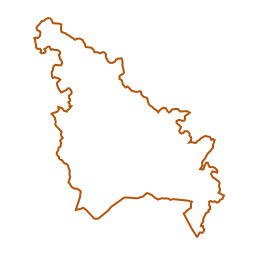 Caraíbas, Bahia, Brazil (Albers equal-area conic projection), rotated 276°
{"feature_id": "56859067B21681248066592", "entity_name": "Caraíbas", "entity_type": "district", "adm_level": 2, "iso_a3": "BRA", "parent_name": "Brazil", "parent_adm1": "Bahia", "projection": "albers", "projection_center": [-41.254, -14.633], "detail": "fine", "context": "isolated", "style": "outline", "palette": "amber", "viewbox_px": 256, "rotation_deg": 276, "n_neighbors": 0, "source": "geoboundaries", "source_scale": "gbopen_adm2", "svg_char_len": 4773}
<svg xmlns="http://www.w3.org/2000/svg" viewBox="0 0 256 256"><g transform="rotate(276 128 128)"><path d="M218.7,26.5L216.9,26.8L215.5,28.1L215.2,30.0L213.9,30.9L212.3,30.9L210.1,30.7L208.0,29.0L208.3,27.1L207.5,25.4L206.0,26.5L204.0,26.7L202.2,27.5L200.2,27.9L198.3,28.3L197.1,29.9L197.7,32.1L196.2,33.6L194.0,33.0L193.3,34.5L193.7,36.2L194.6,37.8L196.5,37.8L197.6,36.6L198.7,38.0L200.3,39.6L200.8,41.4L199.3,42.2L197.8,43.2L198.5,44.7L198.0,46.8L198.2,49.7L197.1,52.0L195.1,52.8L193.2,51.6L191.6,52.5L189.8,53.1L187.9,54.9L185.5,55.8L183.3,54.7L183.1,51.7L183.3,49.2L181.6,47.5L179.9,47.2L177.8,47.3L175.6,46.2L173.7,46.6L171.2,47.1L169.8,48.0L170.9,49.7L170.4,51.4L170.1,53.7L169.0,55.6L167.5,54.3L165.8,52.8L163.8,53.0L161.8,53.7L159.3,55.2L157.7,56.6L156.4,57.6L157.0,59.1L158.2,60.6L159.3,62.8L161.0,63.8L161.4,65.4L160.1,66.8L158.8,67.9L156.6,68.3L155.3,67.4L154.3,66.0L152.1,66.0L150.6,67.3L148.9,67.6L147.4,66.0L145.9,67.4L143.7,67.5L143.8,69.3L141.2,67.8L139.8,66.5L137.9,65.4L138.3,62.9L139.6,61.6L141.2,59.9L141.2,58.3L141.6,56.5L139.1,57.2L136.9,56.1L135.9,54.1L135.3,52.1L134.1,50.6L132.5,52.4L130.6,54.2L127.7,55.2L126.0,55.4L123.9,55.3L122.3,56.4L121.2,57.8L119.7,59.7L118.1,61.5L117.0,62.5L114.9,61.8L112.6,62.8L111.4,64.2L109.9,62.9L108.2,61.8L106.0,63.2L103.9,62.8L102.3,62.8L101.3,61.1L98.5,60.9L96.4,59.9L94.8,59.7L93.2,61.0L92.0,62.5L90.5,62.5L89.4,64.3L88.9,66.1L86.9,67.5L86.2,68.8L85.8,70.9L83.9,72.5L81.5,73.3L79.9,74.5L77.4,74.6L75.3,74.7L73.4,75.7L71.6,75.3L69.7,74.8L67.6,74.5L66.6,75.9L65.1,76.9L63.4,78.3L62.1,80.9L62.3,83.3L61.7,85.1L60.2,87.5L54.3,87.5L41.1,84.7L42.0,87.6L42.7,89.5L44.0,91.8L41.7,95.6L34.3,103.9L34.6,107.7L43.6,116.7L48.1,119.8L54.6,127.3L58.3,131.3L58.8,134.6L59.0,144.5L61.5,150.2L65.3,153.5L64.7,156.2L63.7,158.9L62.7,160.4L61.3,162.0L60.7,164.0L60.0,165.6L61.0,167.4L61.7,169.4L61.7,171.3L61.9,173.0L62.0,175.6L60.9,177.5L62.0,180.3L62.0,181.9L62.0,185.7L62.0,195.4L61.3,199.2L59.0,198.5L57.1,198.8L55.1,198.9L53.9,197.3L52.7,196.1L51.8,194.9L50.3,194.1L48.8,192.3L34.3,202.1L27.0,208.0L28.6,209.2L30.6,209.6L31.8,210.7L31.3,212.5L33.0,214.0L35.0,214.5L36.1,213.4L38.4,212.8L38.2,210.7L40.4,211.2L42.7,212.7L45.4,212.3L47.0,212.8L49.1,213.7L51.3,214.4L52.3,215.6L53.2,217.0L55.0,216.6L55.9,218.2L58.6,217.8L59.7,216.7L61.2,216.8L63.0,216.4L64.1,217.7L63.4,219.9L64.2,221.9L63.1,224.1L64.0,226.2L66.0,227.0L67.6,229.5L69.5,229.9L70.9,230.6L71.5,228.6L72.4,226.6L73.0,224.9L74.5,225.6L76.3,226.1L78.7,224.9L80.7,224.6L83.0,224.9L84.7,223.4L85.8,221.3L86.8,219.7L87.7,217.7L89.5,216.2L91.3,215.4L93.7,216.6L93.4,219.4L93.0,221.3L94.7,221.4L96.1,220.1L97.3,218.7L98.0,217.1L97.7,214.8L97.8,213.1L99.9,212.0L101.9,210.9L101.7,209.3L99.9,208.8L98.4,208.2L96.4,207.6L94.9,207.4L94.5,205.9L94.6,204.1L96.7,205.1L98.8,206.0L101.2,205.2L103.6,206.2L105.6,207.8L107.7,208.6L109.8,209.3L112.0,210.8L113.8,212.4L115.5,213.2L117.3,214.6L120.0,214.3L122.1,214.9L125.2,215.4L125.9,213.5L124.8,212.2L126.3,211.2L127.7,210.3L127.8,208.3L128.2,205.7L126.8,203.7L125.5,201.7L123.7,200.5L122.4,198.5L120.5,197.3L120.1,195.7L120.5,193.9L120.5,192.1L120.0,190.5L122.3,192.0L124.2,192.0L125.6,191.5L126.8,190.0L129.2,189.7L130.9,187.6L130.7,184.6L128.7,183.5L128.1,181.9L128.8,180.2L130.3,179.2L132.8,180.1L134.7,180.5L135.7,179.2L136.9,177.3L138.3,175.6L140.2,175.7L141.4,177.8L141.3,179.4L140.7,181.1L141.4,183.5L143.5,183.8L145.5,183.2L146.8,184.5L148.1,186.3L149.7,187.8L150.4,186.5L150.9,184.6L150.5,182.4L150.2,180.3L149.9,178.3L150.9,176.9L152.1,175.7L152.0,173.6L151.3,170.9L150.9,169.5L149.0,168.9L147.7,166.9L149.1,165.4L151.7,163.4L151.8,160.9L150.7,159.5L149.6,158.3L148.4,157.2L146.7,156.4L148.2,155.1L149.2,153.3L150.3,151.3L151.8,149.6L152.9,147.0L155.1,145.6L156.8,144.9L158.7,144.5L160.2,143.1L160.5,140.6L162.0,138.5L163.6,137.6L165.3,137.4L165.8,135.8L165.1,134.0L164.8,132.2L165.0,130.5L165.2,128.5L166.1,126.9L167.6,125.4L169.2,123.2L168.0,121.3L169.3,120.1L170.8,118.2L172.7,117.7L174.8,116.9L176.0,114.4L178.7,114.1L180.0,115.3L181.1,117.2L182.5,118.2L184.2,117.7L185.7,117.4L187.2,116.9L189.3,115.9L192.1,115.8L194.5,115.3L196.6,114.4L196.0,111.1L194.7,108.9L192.7,108.2L191.1,105.6L191.0,103.2L192.2,101.2L193.6,100.3L194.9,99.4L196.3,98.5L198.6,98.5L200.1,97.3L200.9,95.7L200.4,94.1L199.3,92.3L200.1,90.3L200.0,88.5L199.9,86.7L202.3,85.4L204.0,83.3L204.1,80.4L204.1,77.8L205.4,76.9L207.4,76.2L209.1,74.5L210.7,73.8L211.4,71.9L211.9,70.3L211.5,68.3L210.2,65.9L211.4,64.1L212.3,62.0L213.7,60.1L214.4,57.8L215.4,56.4L216.1,53.8L216.7,51.8L218.5,51.2L220.8,50.9L222.5,51.0L224.0,50.8L224.5,49.2L224.6,47.1L224.4,44.7L224.4,42.4L226.0,41.6L227.3,40.8L228.9,39.2L229.0,37.1L228.2,35.6L227.1,34.3L225.9,33.1L225.2,30.8L223.1,29.9L221.7,28.9L220.2,27.6L218.7,26.5Z" fill="none" stroke="#b45309" stroke-width="2"/></g></svg>